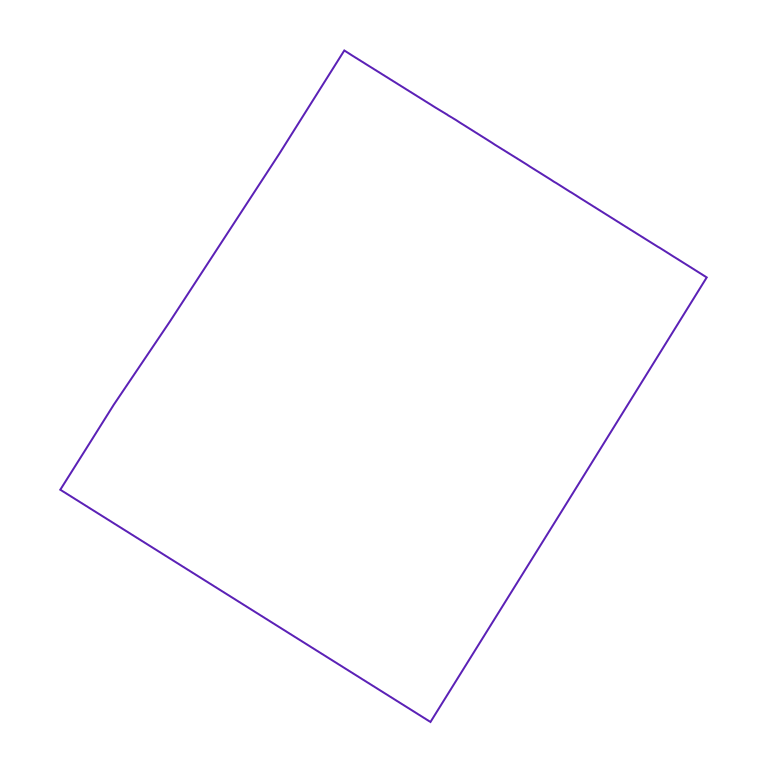 Perkins, South Dakota, United States of America, rotated 32°
{"feature_id": "52423323B24972469519147", "entity_name": "Perkins", "entity_type": "district", "adm_level": 2, "iso_a3": "USA", "parent_name": "United States of America", "parent_adm1": "South Dakota", "projection": "natural_earth1", "projection_center": [-102.448, 45.492], "detail": "fine", "context": "isolated", "style": "outline", "palette": "violet", "viewbox_px": 768, "rotation_deg": 32, "n_neighbors": 0, "source": "geoboundaries", "source_scale": "gbopen_adm2", "svg_char_len": 717}
<svg xmlns="http://www.w3.org/2000/svg" viewBox="0 0 768 768"><g transform="rotate(32 384 384)"><path d="M173.6,122.2L173.2,244.7L169.3,444.8L165.8,545.0L165.7,595.1L165.5,645.2L602.5,646.0L602.1,395.0L601.2,122.6L573.8,122.5L562.8,122.5L561.7,122.5L544.9,122.4L544.5,122.5L540.1,122.5L535.5,122.5L530.5,122.5L529.7,122.5L529.1,122.5L521.2,122.5L502.5,122.5L452.4,122.4L441.0,122.3L440.6,122.4L423.1,122.3L421.5,122.4L420.5,122.4L417.0,122.3L415.1,122.3L410.6,122.3L408.3,122.3L398.7,122.3L392.7,122.3L389.1,122.2L385.3,122.2L351.2,122.3L347.8,122.2L309.6,122.1L305.5,122.0L298.7,122.1L296.0,122.2L295.3,122.1L281.3,122.3L201.7,122.3L183.4,122.3L173.6,122.2Z" fill="none" stroke="#5b21b6" stroke-width="2"/></g></svg>